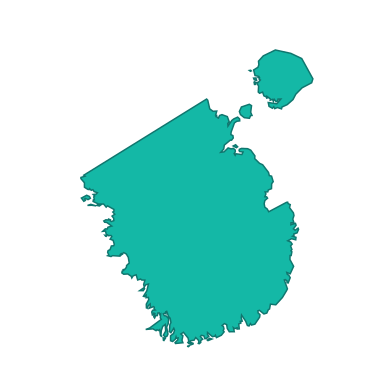 North Vella la Vella, Western, Solomon Islands (orthographic projection), rotated 189°
{"feature_id": "97153195B19966779892851", "entity_name": "North Vella la Vella", "entity_type": "district", "adm_level": 2, "iso_a3": "SLB", "parent_name": "Solomon Islands", "parent_adm1": "Western", "projection": "orthographic", "projection_center": [156.59, -7.704], "detail": "fine", "context": "isolated", "style": "filled", "palette": "teal", "viewbox_px": 384, "rotation_deg": 189, "n_neighbors": 0, "source": "geoboundaries", "source_scale": "gbopen_adm2", "svg_char_len": 5942}
<svg xmlns="http://www.w3.org/2000/svg" viewBox="0 0 384 384"><g transform="rotate(189 192 192)"><path d="M301.5,191.7L300.1,190.9L304.0,189.0L303.8,187.8L299.7,184.3L299.0,179.9L295.4,178.3L294.0,178.3L293.7,179.3L291.8,177.9L290.3,178.8L288.7,177.1L285.3,176.5L286.2,175.0L289.2,174.1L287.5,172.9L288.3,171.8L287.2,169.0L288.2,168.8L288.2,167.2L282.4,165.5L277.4,166.3L274.4,163.6L273.3,165.1L266.4,162.6L266.1,160.8L267.1,159.8L264.8,158.0L267.2,155.7L265.3,153.9L264.7,151.5L267.1,150.2L268.4,150.8L268.2,151.8L270.2,152.2L270.4,151.2L272.7,151.1L274.6,149.6L273.6,148.5L271.4,148.6L265.9,145.8L269.5,144.1L269.9,142.3L271.9,142.0L274.0,139.2L271.3,139.9L269.9,136.4L268.7,136.6L268.1,135.7L265.1,136.4L264.2,135.5L265.5,132.6L262.3,131.9L260.6,128.2L260.9,126.7L263.2,126.1L263.9,122.3L265.7,121.0L265.9,119.3L264.3,116.6L265.2,115.9L261.9,115.6L260.5,116.7L253.1,117.4L251.5,119.5L253.3,118.3L252.9,119.4L251.9,120.2L250.4,119.4L251.1,120.2L249.9,121.5L247.2,120.5L244.7,117.5L242.9,112.0L245.1,109.2L245.0,107.4L246.3,105.1L247.8,104.6L247.3,103.9L248.6,102.9L248.6,101.1L246.6,100.1L242.6,101.0L238.9,99.3L238.0,97.7L237.0,100.0L234.2,101.5L231.9,96.6L229.1,98.0L228.0,97.2L224.7,97.6L225.3,93.1L224.3,90.7L223.2,93.1L220.6,94.3L221.2,87.2L223.7,81.4L222.7,81.2L221.1,82.9L220.9,80.4L218.6,81.1L217.9,78.9L219.6,74.1L218.9,70.4L218.0,70.3L217.4,73.0L215.8,74.9L215.3,72.5L216.1,70.5L212.0,72.8L211.2,72.2L211.2,70.7L209.9,69.7L212.4,69.0L213.0,67.2L211.9,64.3L210.9,64.7L210.7,66.4L209.6,66.1L210.3,62.8L209.2,61.7L208.5,64.2L206.9,64.5L206.7,67.3L205.4,67.5L204.6,65.8L203.9,66.6L203.6,62.7L202.4,61.4L212.6,51.0L216.2,49.0L209.1,50.7L205.8,49.4L205.0,50.5L203.3,50.0L202.4,51.0L200.7,45.5L199.2,44.2L200.3,45.8L200.6,50.3L199.9,54.7L197.7,57.0L196.3,50.5L197.9,46.1L195.6,44.5L194.1,45.7L193.5,47.9L195.9,54.7L194.9,58.1L195.2,63.2L198.1,65.5L200.0,65.5L201.3,67.2L200.0,68.1L198.8,67.6L199.2,69.6L198.3,70.2L195.7,65.4L193.8,63.9L192.4,59.8L193.1,57.5L192.5,50.6L190.8,49.7L188.7,54.6L187.6,52.8L188.1,49.4L190.7,46.6L189.9,41.7L187.7,41.3L185.4,44.1L185.1,46.4L184.5,45.1L182.9,45.7L183.0,43.6L185.2,40.6L184.6,39.8L177.4,41.7L178.7,44.0L178.5,48.6L180.8,50.0L178.5,52.1L173.0,47.1L171.8,43.9L172.6,42.7L171.3,41.7L170.5,41.8L170.3,44.8L166.7,46.0L165.6,48.8L162.7,46.8L161.7,45.1L162.1,43.4L161.1,43.3L159.8,44.8L160.2,46.6L158.4,48.3L161.1,50.5L160.4,51.9L157.8,51.8L156.3,49.1L154.9,49.6L152.8,52.0L154.5,53.8L154.7,55.7L149.2,52.3L147.0,53.1L146.5,54.2L145.1,52.0L140.6,55.1L138.4,58.9L139.5,59.9L139.0,61.8L139.9,64.0L141.4,64.8L139.4,67.1L137.0,66.4L135.8,62.7L133.3,59.8L128.4,60.6L129.9,64.5L128.5,63.7L126.2,64.9L126.0,63.7L123.9,64.2L125.2,69.0L123.2,70.2L123.6,71.5L124.7,71.7L122.2,72.3L123.7,75.5L123.8,78.2L118.8,72.8L116.4,68.8L114.7,68.6L113.7,71.2L112.4,69.9L109.2,71.3L105.6,79.0L105.7,81.5L107.8,82.9L108.3,85.0L106.9,85.7L101.9,82.8L99.2,84.1L98.2,87.7L97.1,88.6L97.0,93.5L91.6,93.7L86.2,101.9L83.2,109.3L82.6,111.3L87.1,119.6L86.3,120.1L84.4,119.2L83.9,117.3L82.8,117.2L81.6,122.7L83.4,125.0L85.0,125.6L85.8,127.4L82.2,126.6L80.0,134.5L84.7,140.6L85.2,144.6L84.1,144.8L84.0,148.6L85.1,149.4L84.3,150.8L86.2,154.2L84.9,156.2L86.6,158.0L89.8,158.8L86.4,161.4L82.1,161.0L82.2,163.5L85.7,164.1L84.5,165.0L84.9,166.4L81.8,168.1L80.9,171.8L81.6,172.9L84.1,170.4L86.1,171.4L84.0,175.4L84.9,177.2L89.2,175.1L89.4,177.1L86.6,177.7L88.2,181.0L87.6,184.7L88.6,187.3L93.2,191.8L93.0,194.9L95.3,195.6L95.9,196.9L97.0,196.6L113.1,184.5L115.2,187.1L117.7,188.4L118.9,191.8L118.7,195.0L116.4,197.7L117.5,198.9L119.3,198.7L118.7,201.7L119.8,203.5L117.2,204.0L116.9,206.0L114.0,207.7L114.6,212.7L113.4,214.9L115.9,220.1L118.2,220.3L119.5,223.3L126.5,230.0L129.8,230.9L135.3,234.8L135.5,237.5L140.5,242.5L143.8,243.5L149.9,242.8L151.9,241.6L152.0,240.3L151.3,239.4L147.8,239.5L148.6,236.8L154.6,236.6L155.1,235.0L156.4,236.5L155.5,238.6L155.9,240.2L157.9,241.6L160.1,240.7L163.2,241.2L166.7,236.6L169.8,235.7L167.4,239.3L167.4,243.4L162.4,249.1L161.0,249.4L159.7,251.8L160.4,254.1L162.6,254.8L162.7,257.4L160.9,266.9L158.8,268.9L156.0,269.7L156.4,271.6L158.6,273.1L162.1,270.8L163.9,268.9L166.8,262.7L167.4,265.2L166.3,267.3L168.9,272.0L174.5,273.1L176.7,271.9L177.6,268.5L177.9,269.7L180.1,270.2L179.7,271.5L180.7,271.6L180.2,275.8L183.9,275.0L187.5,276.9L190.8,285.1L192.1,286.1L301.5,191.7ZM150.2,322.2L148.0,316.9L144.1,316.6L143.5,315.9L144.4,315.3L143.1,315.0L143.2,313.8L142.0,313.3L143.8,310.5L145.4,310.2L142.8,307.0L142.2,301.1L140.7,300.1L137.9,301.7L136.0,298.2L133.6,297.6L132.9,296.4L132.1,296.8L132.6,298.0L129.2,296.2L129.1,294.9L126.9,296.1L125.8,294.2L125.3,296.4L123.1,294.4L121.6,295.4L121.6,297.2L118.8,297.7L122.0,292.4L130.7,292.3L129.3,288.6L125.7,287.3L124.6,289.0L123.3,287.3L120.9,288.8L116.6,288.1L116.4,290.0L111.6,293.2L106.7,299.1L104.8,304.8L99.5,312.2L90.9,318.6L90.3,322.7L104.5,341.0L116.1,344.4L131.9,345.3L142.9,337.6L146.8,331.6L145.9,328.1L146.4,325.5L150.2,322.2ZM157.8,278.9L156.2,276.0L152.0,273.6L146.8,273.8L146.1,276.6L144.7,277.0L146.5,279.9L146.7,286.6L149.1,287.6L156.5,283.7L157.8,278.9ZM300.3,168.7L297.4,165.9L296.0,167.0L297.0,168.4L296.4,169.0L293.5,168.2L291.4,169.9L292.6,171.5L295.5,172.3L300.3,168.7ZM158.5,243.9L155.1,242.7L154.0,243.8L156.3,245.5L158.5,243.9ZM293.1,162.4L289.0,163.2L284.4,163.3L290.0,164.0L293.1,162.4ZM228.2,86.4L224.7,86.9L223.7,89.1L224.3,90.1L228.2,86.4ZM153.8,48.2L153.0,47.7L149.3,49.9L151.7,50.3L153.8,48.2ZM149.0,314.1L148.1,312.6L145.7,312.4L146.7,314.6L149.0,314.1ZM170.1,43.4L169.2,40.9L167.2,42.0L167.2,42.7L170.1,43.4ZM197.7,43.5L197.0,41.0L196.5,40.9L195.5,43.2L197.7,43.5ZM147.9,310.2L147.1,308.0L146.1,308.2L147.2,310.8L147.9,310.2ZM284.0,163.9L281.3,163.7L280.4,164.6L283.3,164.6L284.0,163.9ZM172.7,38.9L171.2,38.7L170.1,40.4L170.8,39.6L172.7,38.9ZM154.3,321.0L153.2,320.4L152.4,320.9L153.1,321.4L154.3,321.0ZM271.2,135.6L270.4,134.8L269.8,134.8L269.8,135.5L271.2,135.6Z" fill="#14b8a6" stroke="#0f766e" stroke-width="1.5"/></g></svg>